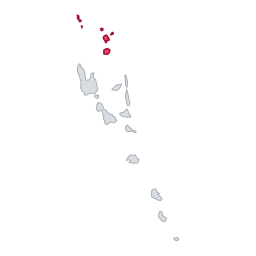 where Torba sits in Vanuatu
{"feature_id": "VUT-560", "entity_name": "Torba", "entity_type": "Province", "adm_level": 1, "iso_a3": "VUT", "parent_name": "Vanuatu", "parent_adm1": "", "projection": "mercator", "projection_center": [167.217, -13.692], "detail": "fine", "context": "in_parent", "style": "filled", "palette": "rose", "viewbox_px": 256, "rotation_deg": 0, "n_neighbors": 0, "source": "natural_earth", "source_scale": "10m", "svg_char_len": 3870}
<svg xmlns="http://www.w3.org/2000/svg" viewBox="0 0 256 256"><path d="M84.0,69.9L86.0,80.2L88.2,80.2L89.4,79.6L90.7,77.2L91.3,73.4L92.5,72.9L94.0,73.3L93.3,74.5L93.7,77.5L94.9,79.2L95.6,79.5L97.2,87.4L97.7,89.1L97.7,90.4L94.5,93.4L89.8,93.3L86.5,95.1L84.4,95.0L84.4,93.0L82.6,91.4L80.6,87.9L81.1,81.9L77.5,70.6L77.4,67.8L78.7,64.2L79.9,64.0L81.5,67.1L84.0,69.9ZM104.1,109.5L105.5,110.2L106.2,110.2L106.7,111.7L111.0,114.7L112.2,114.6L113.2,116.3L115.0,117.1L115.5,118.8L116.8,120.6L114.5,122.7L110.1,122.1L107.5,124.5L105.2,123.9L104.8,122.6L105.1,122.2L103.7,119.0L103.1,114.2L102.2,111.3L101.2,110.1L99.1,111.2L98.2,111.3L96.2,109.0L97.2,104.3L97.7,102.9L99.3,102.6L101.8,103.9L104.1,109.5ZM161.8,199.1L160.5,200.7L159.2,200.5L151.4,196.9L151.7,195.5L151.4,191.7L152.3,189.7L154.4,188.9L156.1,189.3L157.1,192.3L159.5,193.5L157.8,194.5L160.7,196.8L161.8,199.1ZM135.1,154.9L138.1,159.4L139.3,159.7L137.5,163.0L133.7,163.2L129.3,162.4L130.9,161.3L130.1,160.1L128.7,159.8L127.2,160.4L126.5,160.2L127.5,158.1L129.9,155.2L130.7,155.0L131.3,154.9L132.0,155.2L135.1,154.9ZM130.7,117.0L127.2,117.3L122.4,116.4L120.4,115.0L119.6,113.6L121.3,112.6L123.7,112.2L126.7,109.0L127.7,110.2L128.8,113.7L130.0,114.8L130.7,115.8L130.7,117.0ZM166.6,218.2L165.0,221.7L162.2,220.9L159.7,218.4L158.3,216.2L159.2,212.0L160.5,211.3L161.9,211.5L162.6,215.6L166.6,218.2ZM128.1,105.6L127.6,105.6L127.1,104.2L125.4,96.5L126.5,89.7L127.3,91.1L129.8,103.1L129.4,105.1L128.1,105.6ZM135.2,130.9L136.1,131.3L135.6,132.6L131.4,131.2L128.1,131.7L127.2,131.7L126.2,130.5L125.5,128.1L125.8,126.4L127.2,125.3L127.7,125.1L128.8,126.5L129.7,127.5L130.6,127.9L132.7,130.3L135.2,130.9ZM119.1,88.9L117.1,90.3L113.3,90.2L111.9,89.4L116.5,85.0L121.8,84.1L119.1,88.9ZM109.3,52.3L108.0,53.9L104.6,53.4L103.8,53.0L104.0,50.4L104.9,49.5L106.9,48.7L109.7,50.0L109.3,52.3ZM106.4,41.4L105.9,41.7L105.2,41.5L103.5,37.7L103.9,36.5L106.1,35.3L108.1,37.3L108.3,38.5L108.3,39.5L108.0,40.3L106.7,40.7L106.4,41.4ZM127.4,85.5L126.9,87.5L125.7,85.2L124.9,75.8L125.2,74.9L125.8,74.9L127.4,81.4L127.4,85.5ZM178.7,238.9L177.7,240.6L176.0,240.6L173.9,239.4L174.3,237.8L176.7,237.5L177.4,237.6L178.7,238.9ZM98.3,97.9L97.7,98.7L94.5,96.7L95.3,94.7L98.7,95.4L98.3,97.9Z" fill="#d9dde1" stroke="#a8b0b8" stroke-width="1"/><path d="M107.2,48.6L107.5,48.7L109.3,49.6L109.6,49.8L109.8,50.1L109.6,51.8L109.5,52.0L109.3,52.2L108.6,53.5L108.2,54.0L107.8,54.1L107.5,54.2L105.5,54.0L105.1,54.2L104.6,54.1L104.3,54.0L104.0,53.8L103.7,53.7L103.7,53.2L104.0,52.6L103.9,50.9L103.9,50.3L104.1,50.0L104.4,49.9L105.1,49.3L105.4,49.2L105.6,49.3L106.1,49.3L106.4,49.1L106.9,48.7L107.2,48.6ZM105.3,41.7L105.3,41.1L105.2,40.7L104.9,40.4L104.3,39.9L103.6,38.8L103.4,38.2L103.4,37.4L103.7,36.7L104.1,36.2L104.6,35.8L105.9,35.2L106.4,35.2L106.8,35.5L107.3,36.1L108.2,37.7L108.6,38.0L108.2,38.5L108.2,39.1L108.4,39.2L108.7,39.3L109.0,39.5L109.3,39.5L109.4,39.8L109.1,39.9L108.9,39.9L108.3,40.3L107.7,40.6L107.1,40.7L106.3,40.8L106.5,40.9L106.5,41.0L106.3,41.2L106.7,41.9L106.3,42.5L105.6,42.5L105.3,41.7ZM78.9,18.1L78.7,18.2L78.7,18.3L78.7,18.5L78.7,18.8L78.6,19.0L78.3,19.2L77.8,18.9L77.6,18.6L77.5,18.2L77.5,17.5L77.7,16.6L77.7,16.3L77.6,16.1L77.5,15.9L77.3,15.7L77.3,15.4L78.3,15.6L78.5,15.8L78.7,16.1L78.8,16.8L78.9,17.1L78.9,17.3L78.7,17.6L78.8,17.8L78.9,18.1ZM101.6,29.1L101.8,29.5L102.1,29.7L102.5,29.6L102.8,29.3L102.8,30.1L102.4,30.4L101.8,30.5L101.2,30.4L100.9,29.9L100.6,29.4L100.6,28.9L101.0,28.5L101.7,28.3L102.2,28.6L102.2,29.0L101.6,29.1ZM112.8,32.5L113.1,32.7L113.2,33.1L113.2,33.6L113.1,34.0L112.9,34.1L112.3,34.3L111.8,34.4L111.2,34.4L111.0,34.8L110.8,34.8L110.7,34.5L111.8,33.0L112.2,32.6L112.8,32.5ZM78.9,20.6L79.4,20.2L80.0,20.0L80.6,20.0L81.0,20.5L81.0,21.0L80.6,21.4L80.1,21.6L79.5,21.5L79.3,21.3L79.2,21.2L79.0,20.9L78.9,20.6ZM81.9,27.4L81.4,26.2L81.9,25.9L82.3,26.4L81.9,27.4Z" fill="#f43f5e" stroke="#9f1239" stroke-width="1.5"/></svg>